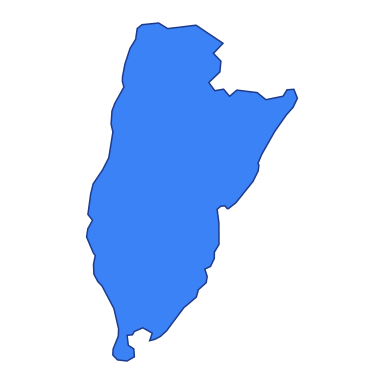 the district of Northampton, United States of America
{"feature_id": "52423323B63825786634762", "entity_name": "Northampton", "entity_type": "district", "adm_level": 2, "iso_a3": "USA", "parent_name": "United States of America", "parent_adm1": "", "projection": "natural_earth1", "projection_center": [-75.874, 37.321], "detail": "fine", "context": "isolated", "style": "filled", "palette": "blue", "viewbox_px": 384, "rotation_deg": 0, "n_neighbors": 0, "source": "geoboundaries", "source_scale": "gbopen_adm2", "svg_char_len": 1174}
<svg xmlns="http://www.w3.org/2000/svg" viewBox="0 0 384 384"><path d="M137.2,28.5L135.7,39.2L130.1,48.3L125.0,63.8L122.5,76.9L122.4,81.5L123.9,87.1L114.9,103.2L112.0,110.9L111.1,124.0L112.9,132.0L108.8,157.7L102.7,169.7L93.2,183.8L90.7,193.9L87.9,214.4L92.5,220.3L87.8,228.8L86.6,237.0L93.3,252.8L95.3,255.5L93.5,264.3L93.9,274.2L97.9,281.7L102.1,286.1L113.9,308.5L118.6,328.8L118.3,336.1L113.1,349.1L112.8,355.0L117.5,359.9L127.0,361.0L134.4,356.8L133.8,348.9L128.3,345.3L127.1,335.3L132.4,334.8L134.3,331.5L142.8,327.8L152.2,333.1L149.7,340.7L154.9,339.3L160.3,336.5L166.6,330.8L171.6,324.0L183.8,307.7L196.3,297.1L198.4,289.7L206.2,282.7L207.2,276.4L204.8,269.1L210.5,266.4L214.3,258.5L214.4,252.1L219.0,244.4L218.9,222.8L217.1,209.3L220.8,206.2L225.0,205.9L227.2,208.6L228.3,208.7L236.0,202.6L253.0,181.4L258.2,170.9L258.9,164.9L257.9,163.6L261.7,154.4L274.7,131.5L286.4,114.8L293.1,107.3L297.4,98.3L293.9,89.3L287.0,89.8L283.1,96.2L265.9,99.7L257.2,92.6L236.9,90.1L229.6,96.3L223.6,89.2L214.8,90.7L208.8,82.5L219.9,71.9L220.9,61.2L213.4,53.4L223.0,43.3L196.0,25.2L167.7,28.6L158.6,23.0L142.0,24.7L137.2,28.5Z" fill="#3b82f6" stroke="#1e3a8a" stroke-width="1.5"/></svg>